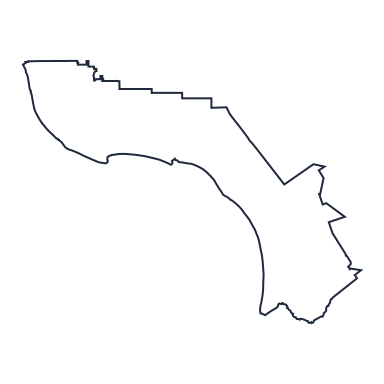 outline of Huatabampo, Sonora, Mexico
{"feature_id": "50627088B14557669521894", "entity_name": "Huatabampo", "entity_type": "district", "adm_level": 2, "iso_a3": "MEX", "parent_name": "Mexico", "parent_adm1": "Sonora", "projection": "mercator", "projection_center": [-109.361, 26.605], "detail": "fine", "context": "isolated", "style": "outline", "palette": "slate", "viewbox_px": 384, "rotation_deg": 0, "n_neighbors": 0, "source": "geoboundaries", "source_scale": "gbopen_adm2", "svg_char_len": 5624}
<svg xmlns="http://www.w3.org/2000/svg" viewBox="0 0 384 384"><path d="M356.9,278.4L357.0,278.1L354.7,275.1L361.0,270.2L350.1,268.5L349.8,269.0L349.0,267.8L348.3,267.1L348.2,266.8L348.2,266.7L348.4,266.6L348.5,266.7L348.8,266.3L349.1,265.9L350.8,263.9L350.7,262.1L347.1,256.3L345.8,255.7L345.7,254.3L344.8,252.8L333.1,234.1L332.8,234.0L328.8,222.2L344.8,216.8L326.3,203.2L322.7,204.5L319.2,194.1L320.1,194.3L323.6,178.0L318.8,170.4L324.5,166.6L313.5,164.2L284.3,184.5L257.1,149.4L252.3,143.4L249.8,140.8L249.5,140.5L247.9,137.7L247.6,137.3L241.0,128.5L231.2,116.0L231.2,115.7L229.7,114.0L227.9,110.1L226.4,107.3L211.4,107.8L211.4,98.3L182.3,98.3L182.2,98.3L182.1,92.9L167.9,92.9L167.2,92.9L151.7,92.9L151.7,89.0L119.4,89.0L119.5,86.6L119.4,81.2L117.3,81.1L117.2,80.9L114.2,81.0L107.5,81.0L102.3,81.0L102.3,79.5L103.2,79.5L103.2,78.8L102.3,78.8L102.3,76.0L100.4,76.0L100.4,79.2L95.4,79.2L95.3,80.2L94.7,80.2L94.7,80.5L94.1,80.6L93.9,77.5L94.0,77.2L93.9,77.1L93.8,76.5L93.7,76.2L93.4,75.2L93.6,75.0L94.1,73.5L94.3,72.4L95.1,71.6L95.8,71.0L96.5,71.0L96.5,69.8L96.3,68.9L95.8,69.1L95.8,68.8L94.0,68.9L94.0,66.7L92.6,66.6L88.5,66.6L88.5,61.0L86.5,61.0L86.5,64.7L77.9,64.7L78.3,62.7L78.2,62.5L77.2,62.6L77.2,60.9L72.7,60.9L70.9,60.9L65.6,61.0L55.8,61.0L38.9,61.1L28.0,61.3L28.0,62.0L25.4,62.0L25.6,63.1L23.0,64.5L24.0,66.7L25.0,68.5L25.4,69.5L25.9,71.0L25.8,71.4L25.9,72.0L26.1,72.6L26.6,73.5L27.1,74.8L27.5,76.0L27.9,77.7L28.4,80.5L28.6,81.9L28.8,82.5L29.0,84.3L29.4,87.5L30.0,89.9L30.2,90.2L30.4,90.3L30.7,90.6L30.9,91.0L30.9,91.7L30.8,91.8L30.7,92.2L30.8,92.7L31.2,93.4L31.6,94.6L31.8,95.8L32.5,99.5L32.9,101.8L33.8,106.7L34.4,109.0L35.3,111.5L36.4,113.7L37.5,115.8L40.1,120.3L41.4,122.3L41.7,122.6L42.0,122.7L42.1,123.2L42.1,123.3L46.9,129.1L47.6,129.9L48.0,130.0L48.4,130.8L52.9,134.9L55.2,137.3L56.7,138.6L57.3,138.9L57.6,139.0L57.7,138.9L58.0,139.1L57.7,139.2L57.8,139.4L58.0,139.6L58.3,139.9L59.4,140.5L60.4,141.3L61.3,142.0L61.9,142.6L63.5,144.9L64.6,146.4L65.4,147.4L66.3,148.1L66.8,148.3L67.7,148.9L68.5,149.3L69.3,149.6L70.6,150.0L73.6,151.1L76.5,152.3L81.1,154.4L82.3,155.1L84.8,156.3L94.0,160.3L96.3,161.2L98.1,162.1L100.7,162.6L103.2,163.0L105.2,163.3L105.9,163.2L106.6,163.0L106.9,162.8L107.5,162.0L107.6,161.7L107.8,161.2L107.7,160.4L107.4,159.7L107.4,159.3L107.3,159.1L107.3,158.8L107.3,158.5L107.7,157.3L107.6,157.1L108.7,156.2L109.8,155.7L111.4,155.3L111.6,155.0L112.7,154.8L112.8,154.9L114.3,154.7L115.9,154.5L117.5,154.2L118.5,154.0L121.7,153.9L123.8,153.9L126.8,154.0L128.8,154.2L133.6,154.6L138.2,155.2L141.3,155.6L144.9,156.2L146.8,156.6L153.1,158.1L159.0,159.6L159.8,159.8L163.6,161.4L169.1,163.7L169.9,164.2L170.6,164.6L170.9,164.6L171.1,164.6L171.5,164.4L172.0,164.0L172.3,163.6L172.4,163.0L172.2,161.8L172.0,161.3L171.9,161.1L174.8,158.8L174.9,159.3L175.7,160.1L176.6,160.2L177.5,160.6L178.3,161.6L178.8,162.1L179.4,162.2L180.5,162.2L181.6,162.4L183.9,162.7L187.5,163.4L191.2,163.8L192.3,164.1L195.8,165.5L196.2,165.7L198.3,166.6L201.3,168.2L203.0,169.3L204.4,170.3L206.2,171.8L208.2,173.7L209.7,175.3L210.0,175.4L210.3,175.8L210.5,176.1L210.8,176.3L210.9,176.5L211.2,176.7L211.7,177.5L212.3,178.0L213.5,179.4L214.4,180.6L215.3,182.2L216.0,183.4L216.9,185.0L217.3,185.5L218.9,188.3L220.7,190.7L222.4,193.5L222.8,194.3L223.2,194.8L223.8,195.2L225.5,196.2L226.8,196.8L228.8,198.2L229.1,198.4L230.0,199.5L231.5,200.2L233.2,201.4L236.7,204.3L239.0,206.4L240.9,208.5L241.6,209.4L243.1,211.3L244.0,212.8L244.9,214.0L245.6,214.7L249.2,219.5L250.6,221.9L250.9,222.6L251.9,224.3L253.7,227.7L253.9,227.9L254.2,228.2L255.3,230.6L256.1,232.7L256.8,234.8L257.6,236.3L258.3,238.3L258.9,240.6L260.2,246.7L260.6,249.1L261.7,254.1L262.3,258.2L262.7,261.8L263.6,274.2L263.5,276.7L263.2,285.0L263.2,288.1L263.0,290.2L262.7,294.1L262.3,296.9L261.5,301.4L260.5,305.7L260.4,306.5L260.4,307.1L260.2,307.9L260.2,308.4L260.0,309.0L260.0,309.5L260.1,310.1L260.1,311.0L260.2,312.0L260.3,312.2L260.5,313.5L260.9,313.6L261.2,313.4L265.2,315.1L265.3,315.0L265.5,315.0L267.3,313.6L270.4,311.5L277.4,307.2L277.8,306.0L277.9,305.5L278.2,304.9L278.4,304.6L278.4,304.4L278.6,304.1L279.0,303.7L279.6,303.5L279.8,303.7L280.2,303.7L280.4,303.9L281.2,304.0L281.4,304.1L281.6,304.1L281.8,304.1L282.1,303.9L282.3,303.3L282.3,303.1L282.9,303.2L283.3,303.4L283.5,303.7L283.7,304.0L283.9,304.2L284.9,304.4L285.5,304.6L285.8,304.6L286.1,304.7L286.3,305.3L286.8,305.8L287.1,305.9L287.1,306.3L287.3,306.5L287.5,306.8L287.6,307.2L287.6,307.9L287.5,307.6L287.3,307.5L287.1,307.7L287.0,307.8L287.8,308.1L288.4,308.9L288.5,309.3L289.0,309.9L289.6,310.2L290.0,310.3L290.2,310.5L290.6,311.3L291.0,312.2L291.7,313.2L291.9,313.5L292.2,313.6L292.6,313.8L293.0,313.8L292.8,314.3L292.7,314.7L292.8,315.2L293.2,316.0L293.9,316.7L294.2,317.0L294.6,317.2L295.2,317.2L295.3,317.3L295.6,317.3L295.9,317.4L296.2,318.2L296.4,318.4L296.6,318.8L297.2,319.1L297.9,319.0L298.9,319.1L299.3,319.2L299.7,319.6L299.9,319.2L300.2,318.9L300.7,318.8L301.5,318.9L302.5,319.1L304.7,319.9L305.1,320.1L306.7,320.8L307.9,321.2L308.1,321.3L308.1,322.2L308.7,322.7L309.1,322.9L309.6,322.9L310.0,322.8L310.4,322.5L310.7,322.5L310.9,322.4L310.9,322.5L311.6,323.1L312.0,322.9L312.4,322.8L312.8,322.5L313.1,322.4L313.3,322.3L313.6,321.7L313.9,320.5L321.3,316.4L322.1,316.4L322.1,316.6L322.6,316.7L323.6,314.6L323.7,313.4L323.8,313.1L324.6,312.5L325.7,311.3L326.0,311.0L326.2,310.7L326.1,308.8L326.9,306.4L327.2,306.1L327.9,306.1L328.5,305.8L328.5,305.0L328.8,304.3L329.6,303.5L329.7,303.3L329.8,302.9L330.2,301.7L330.3,300.9L330.5,300.2L330.8,299.5L331.1,299.1L331.9,298.8L332.3,298.5L332.4,298.4L332.5,298.0L332.7,297.6L356.9,278.4Z" fill="none" stroke="#1e293b" stroke-width="2"/></svg>